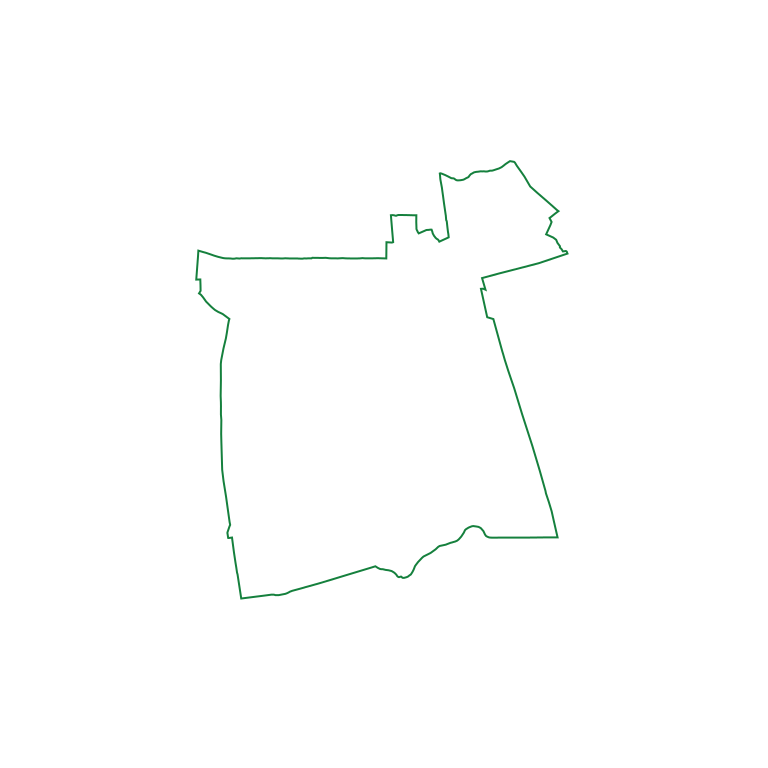 the district of Draguseni, Suceava, Romania, rotated 301°
{"feature_id": "2599482B30729987174468", "entity_name": "Draguseni", "entity_type": "district", "adm_level": 2, "iso_a3": "ROU", "parent_name": "Romania", "parent_adm1": "Suceava", "projection": "mercator", "projection_center": [26.522, 47.306], "detail": "fine", "context": "isolated", "style": "outline", "palette": "green", "viewbox_px": 768, "rotation_deg": 301, "n_neighbors": 0, "source": "geoboundaries", "source_scale": "gbopen_adm2", "svg_char_len": 5398}
<svg xmlns="http://www.w3.org/2000/svg" viewBox="0 0 768 768"><g transform="rotate(301 384 384)"><path d="M172.8,424.6L173.8,425.5L177.0,428.5L177.6,429.1L179.0,430.4L179.2,430.6L192.2,442.4L200.3,449.7L220.6,468.1L223.1,470.3L223.3,470.5L223.2,473.4L223.4,475.6L223.4,475.8L223.5,476.0L223.7,476.7L224.7,478.5L224.8,479.0L225.0,479.5L225.4,480.9L226.7,483.9L227.6,486.9L227.6,488.3L227.6,489.6L227.4,490.9L226.9,492.8L226.1,494.4L226.0,495.1L226.0,495.8L226.2,496.4L227.4,497.5L227.7,497.8L227.6,498.8L227.5,499.0L227.5,499.9L228.2,501.1L230.1,502.9L231.2,503.7L233.1,504.4L234.5,505.1L237.2,505.2L239.2,505.1L240.9,504.9L243.7,504.4L244.0,504.4L245.5,504.5L249.0,504.9L252.6,505.7L254.5,506.1L256.4,506.7L256.6,506.8L262.6,510.6L263.5,511.1L266.1,512.2L268.9,513.4L272.2,514.3L273.8,515.1L276.4,517.9L278.2,519.8L279.3,520.6L280.3,521.4L282.1,522.8L283.3,524.0L284.1,524.7L285.8,526.3L286.7,526.9L287.4,527.4L288.8,527.9L289.0,528.0L289.8,528.2L290.9,528.4L293.0,528.8L297.7,529.0L298.6,528.9L300.4,528.7L301.6,529.0L304.4,530.4L305.9,531.5L306.4,531.9L306.7,532.1L307.4,532.7L308.2,533.7L308.8,535.1L309.4,536.5L310.2,538.6L310.3,540.2L310.3,541.3L309.1,545.0L307.0,548.1L306.3,549.7L306.3,550.4L306.3,551.2L306.6,553.0L306.7,553.3L307.1,554.2L307.6,555.1L307.7,555.4L307.8,555.5L318.6,573.4L320.3,576.2L325.0,584.0L327.6,588.3L328.7,590.0L330.3,592.7L335.6,601.3L336.9,603.5L341.9,611.8L342.3,611.4L345.0,608.8L354.9,599.3L361.3,593.2L362.1,592.3L363.1,591.2L367.8,586.0L373.7,579.1L375.5,577.5L389.6,562.5L407.2,543.2L429.3,517.9L447.5,497.7L453.3,490.8L459.5,483.5L466.8,475.2L468.1,473.8L471.1,470.6L472.7,468.8L476.0,465.3L496.0,444.3L494.4,438.1L495.0,437.5L515.5,418.1L516.6,419.7L516.9,420.6L517.1,422.4L525.3,413.5L537.9,425.6L545.8,433.4L567.2,454.4L590.3,474.1L590.9,473.3L591.2,473.0L591.5,472.6L591.7,472.0L591.6,471.3L589.8,469.1L591.1,466.6L591.5,464.8L591.8,464.3L592.7,463.9L593.2,462.7L594.3,460.0L596.3,457.3L596.7,453.6L595.8,445.9L605.9,444.8L609.2,444.2L611.5,440.4L613.5,441.2L618.1,442.9L622.0,444.5L622.1,443.3L622.3,442.1L624.6,429.7L626.7,417.5L628.6,407.6L634.1,397.6L636.4,392.5L639.5,385.4L641.2,382.2L641.4,381.0L639.9,377.2L638.5,376.5L635.1,374.9L632.6,374.0L630.4,373.1L627.9,371.5L626.2,370.0L623.5,367.7L622.4,366.6L621.8,365.6L621.3,364.8L620.3,364.0L619.3,363.0L618.5,361.7L617.7,360.0L616.9,358.8L616.0,357.2L614.5,355.4L613.4,353.9L612.2,352.6L611.4,351.9L610.1,351.3L609.4,350.8L608.5,350.3L607.9,350.2L607.0,350.0L605.9,349.9L604.8,349.8L603.9,349.2L602.7,348.4L600.7,347.3L599.8,346.6L599.1,345.8L598.3,344.9L597.5,343.8L596.6,342.5L596.2,341.6L596.0,341.0L596.0,340.0L596.2,338.3L596.0,337.5L595.4,336.4L595.1,335.6L594.9,332.1L594.6,328.7L594.1,325.5L593.9,324.6L593.6,323.7L593.2,323.4L592.6,323.9L590.4,325.5L589.4,326.2L588.1,327.2L582.0,332.6L579.1,334.9L577.5,336.2L575.4,337.9L570.0,342.2L560.7,349.8L560.4,350.1L556.5,352.9L556.2,353.5L555.3,354.4L554.2,355.2L550.4,358.1L547.2,360.6L545.7,361.9L543.6,363.5L543.0,363.9L534.5,358.1L535.3,356.7L535.6,355.8L535.6,355.0L535.6,354.2L536.0,352.5L536.4,351.7L536.8,350.5L537.5,349.4L538.1,348.3L539.5,346.9L540.8,345.3L540.5,344.7L539.7,343.6L538.8,342.5L538.3,341.7L537.8,341.0L536.2,339.9L531.0,336.2L531.6,334.8L532.2,334.0L532.8,333.0L533.3,332.3L533.7,331.9L534.4,331.5L539.5,328.2L545.3,324.8L544.4,323.4L540.9,317.2L537.2,310.8L536.3,309.3L535.9,308.9L535.3,308.3L534.7,308.0L534.3,307.4L534.1,306.9L533.8,305.7L533.2,304.4L532.2,303.0L520.8,311.2L510.3,318.8L510.0,318.6L509.3,317.9L506.8,313.1L499.8,317.2L492.8,321.3L489.1,314.7L487.7,312.4L485.1,308.3L483.9,306.2L481.9,302.9L480.8,300.7L478.9,298.1L475.8,293.1L472.0,286.5L470.6,283.7L468.0,279.9L463.9,272.9L462.1,269.0L460.8,267.0L458.7,263.5L455.2,257.5L454.4,257.2L453.8,256.2L452.4,253.9L451.4,252.5L451.0,251.6L450.5,250.8L449.6,249.8L448.7,248.4L448.2,247.4L447.7,246.6L447.1,245.3L446.6,244.4L446.2,243.8L444.4,240.8L443.3,239.0L442.0,236.6L440.9,234.6L440.2,233.6L439.4,232.5L438.2,230.4L436.6,227.5L435.5,225.7L434.4,223.9L433.3,221.8L432.6,220.7L431.3,218.6L431.1,218.4L430.2,216.8L428.7,214.0L427.4,211.9L425.4,208.7L424.1,206.6L422.4,203.9L420.9,201.4L419.2,198.6L418.3,197.0L417.1,195.5L415.7,192.7L414.6,191.5L413.5,189.9L412.4,187.5L411.2,185.4L410.0,183.3L409.2,181.5L408.6,179.7L407.5,176.1L406.5,172.1L406.0,169.6L404.7,163.6L404.0,161.2L402.7,156.2L397.5,158.9L376.8,169.3L379.0,172.7L374.2,175.8L369.4,178.8L366.4,178.8L366.4,179.2L366.2,181.2L365.1,184.3L363.0,189.1L362.2,192.3L361.7,194.2L361.2,196.3L360.7,199.1L360.4,201.0L360.4,204.8L360.5,205.7L360.7,207.4L360.9,209.7L360.1,218.0L358.7,218.3L354.3,219.9L350.9,221.3L347.5,222.7L346.0,223.3L341.6,225.0L331.8,228.1L320.8,232.1L317.1,233.8L303.0,242.4L289.7,250.1L284.5,253.5L280.8,255.8L279.6,256.5L273.9,259.9L269.4,263.1L257.4,270.1L250.0,274.8L227.1,289.5L218.1,296.5L206.0,306.7L190.9,318.9L186.1,322.8L184.0,324.7L182.4,324.9L180.5,325.3L176.4,326.2L175.6,326.5L175.2,326.9L171.8,329.7L172.0,330.2L174.1,332.8L162.4,342.1L154.4,348.7L150.5,352.0L146.6,355.2L145.4,356.5L126.6,372.1L136.2,384.3L136.9,385.2L141.3,390.8L144.4,394.7L145.3,395.8L145.9,396.7L146.7,398.1L147.1,399.6L147.2,399.9L148.8,402.5L149.8,403.6L153.4,407.6L153.7,407.8L153.9,408.0L154.7,408.6L155.1,408.9L156.4,409.7L157.8,410.5L158.6,411.2L159.4,411.8L164.9,417.1L168.5,420.5L169.1,421.0L171.9,423.7L172.7,424.4L172.8,424.6Z" fill="none" stroke="#15803d" stroke-width="2"/></g></svg>